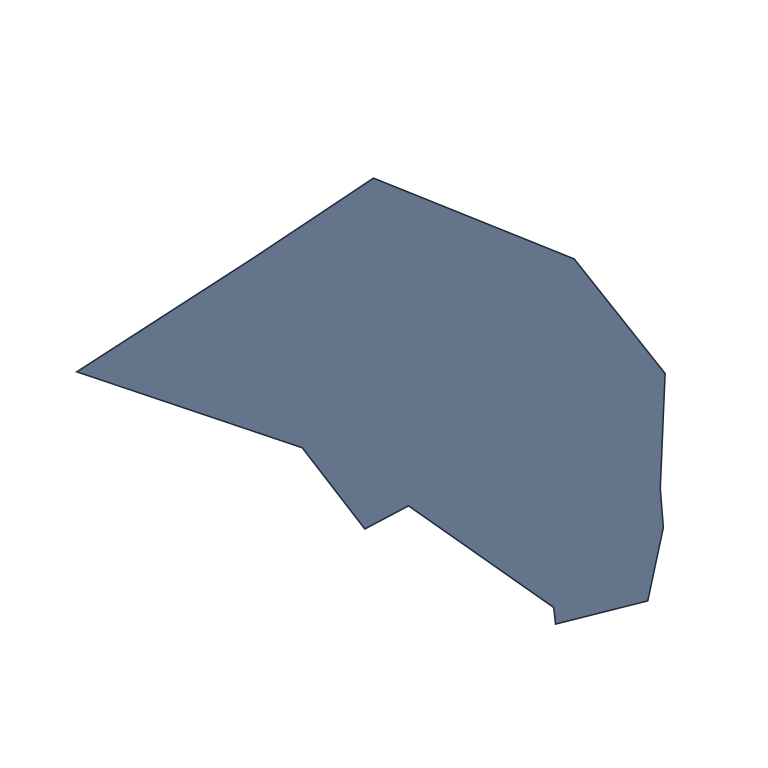 SVG path tracing the border of Centar, rotated 102°
{"feature_id": "MKD-2923", "entity_name": "Centar", "entity_type": "Municipality", "adm_level": 1, "iso_a3": "MKD", "parent_name": "North Macedonia", "parent_adm1": "", "projection": "albers", "projection_center": [21.428, 41.971], "detail": "fine", "context": "isolated", "style": "filled", "palette": "slate", "viewbox_px": 768, "rotation_deg": 102, "n_neighbors": 0, "source": "natural_earth", "source_scale": "10m", "svg_char_len": 335}
<svg xmlns="http://www.w3.org/2000/svg" viewBox="0 0 768 768"><g transform="rotate(102 384 384)"><path d="M541.3,80.9L583.2,166.3L567.3,171.6L498.1,334.7L529.8,372.6L463.4,450.7L436.0,687.1L287.3,537.4L184.8,437.1L222.1,224.0L315.3,111.2L428.8,92.0L466.3,80.9L541.3,80.9Z" fill="#64748b" stroke="#1e293b" stroke-width="1.5"/></g></svg>